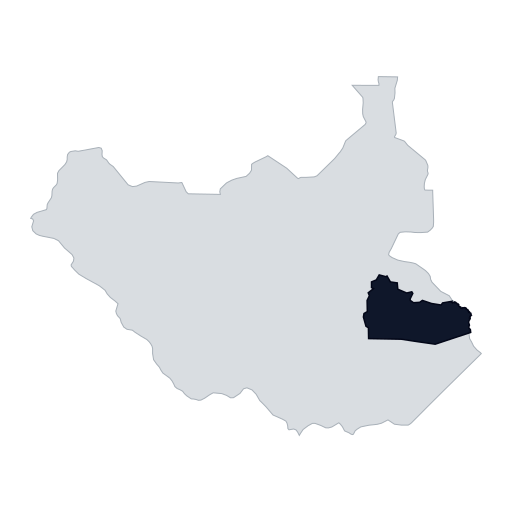 location of Pibor, Jonglei, South Sudan
{"feature_id": "79223893B32810285770131", "entity_name": "Pibor", "entity_type": "district", "adm_level": 2, "iso_a3": "SSD", "parent_name": "South Sudan", "parent_adm1": "Jonglei", "projection": "orthographic", "projection_center": [34.735, 6.56], "detail": "fine", "context": "in_parent", "style": "filled", "palette": "ink", "viewbox_px": 512, "rotation_deg": 0, "n_neighbors": 0, "source": "geoboundaries", "source_scale": "gbopen_adm2", "svg_char_len": 7003}
<svg xmlns="http://www.w3.org/2000/svg" viewBox="0 0 512 512"><path d="M428.2,406.0L411.5,422.8L410.3,423.8L408.2,425.1L401.4,425.1L394.4,424.2L388.0,419.9L381.5,423.2L377.3,424.3L374.8,424.6L369.0,425.2L360.8,426.9L357.1,429.2L355.1,430.9L353.4,434.2L352.6,434.6L351.1,434.2L349.0,432.8L344.6,430.9L342.4,426.7L340.4,424.2L338.8,422.8L331.8,427.0L328.4,427.9L325.7,427.8L320.7,425.4L315.1,423.4L312.3,423.4L308.0,425.8L303.1,429.5L300.6,433.2L299.3,435.4L297.6,432.0L296.0,429.9L293.7,429.0L289.0,429.8L287.9,428.6L287.7,425.8L287.0,423.1L285.9,421.1L282.3,419.1L273.0,415.0L266.0,406.8L262.4,403.1L259.8,400.6L256.2,394.3L252.0,389.9L246.9,387.8L243.5,388.8L240.0,393.4L233.5,397.7L230.5,397.8L226.6,395.4L221.8,393.6L213.2,392.8L209.6,394.8L204.8,398.1L200.9,400.1L198.4,400.3L196.1,399.5L193.5,399.0L191.3,398.9L186.7,395.8L184.3,393.5L182.7,391.3L180.1,389.8L177.1,388.5L174.9,386.6L173.8,384.1L172.1,381.0L169.9,378.2L162.9,373.1L160.9,370.1L159.4,367.2L156.6,364.0L153.6,359.7L152.6,353.5L152.6,348.4L152.0,346.1L150.7,343.8L149.2,341.8L146.8,339.5L141.1,336.2L135.2,332.4L132.4,330.2L127.0,329.3L123.8,327.1L121.2,322.4L120.2,318.6L117.5,315.7L116.4,313.5L115.8,311.1L118.0,303.7L115.0,301.0L110.4,297.5L107.1,293.8L105.1,290.3L99.2,285.7L86.4,278.7L78.9,274.2L74.9,270.3L71.4,266.4L71.1,264.9L73.5,261.1L73.9,258.0L72.1,254.6L64.5,248.0L58.5,240.7L53.8,238.4L42.6,236.2L39.4,235.4L36.1,233.9L32.8,230.7L31.8,226.8L33.6,220.8L32.6,218.9L30.7,218.4L31.3,217.2L33.5,214.3L37.0,212.4L46.4,209.6L46.9,208.5L47.2,204.7L48.0,202.9L51.4,197.7L51.9,195.6L52.1,191.2L52.6,189.1L53.6,187.6L56.2,185.0L57.1,183.5L57.6,180.1L57.5,173.3L58.9,170.7L64.9,164.6L66.6,161.9L67.2,159.5L67.2,157.0L67.6,154.5L69.4,152.2L70.9,151.5L75.3,150.8L78.2,151.3L98.8,147.5L101.2,148.2L102.2,150.7L102.0,154.6L102.3,156.6L103.4,157.9L106.6,159.9L108.8,163.1L110.0,164.3L113.2,166.5L128.1,184.8L132.4,186.6L136.6,186.1L145.0,182.4L149.2,181.5L178.4,183.0L181.7,182.5L181.9,182.6L186.2,191.8L188.3,193.8L220.4,194.4L219.8,191.8L220.3,188.9L226.0,183.4L226.9,182.7L231.9,180.1L236.8,178.4L246.1,176.4L249.6,173.2L251.5,170.2L251.6,164.3L252.9,163.3L255.1,162.0L266.0,156.8L267.8,155.7L286.7,168.2L297.3,178.0L298.0,178.5L298.5,178.6L299.1,178.3L299.6,177.9L300.9,177.4L305.5,177.4L314.2,176.9L317.0,175.8L334.6,158.6L339.1,153.1L340.2,151.9L342.8,148.0L345.5,141.3L346.0,140.5L365.2,124.4L365.9,123.1L366.1,122.1L363.3,116.6L362.7,113.8L362.6,109.5L363.2,102.9L363.0,98.7L362.8,97.6L362.7,97.3L352.2,85.3L378.9,85.4L379.0,83.8L378.9,83.4L378.4,81.9L378.1,80.0L378.1,79.0L378.3,78.0L378.3,77.5L378.2,77.0L378.3,76.8L378.4,76.6L397.6,76.9L397.3,80.3L394.9,88.2L395.0,93.0L394.4,98.4L393.7,100.0L392.7,101.3L392.4,102.0L392.4,102.6L396.2,133.0L395.9,134.3L394.8,136.2L394.5,136.8L394.5,137.3L394.9,137.6L403.8,140.9L404.2,141.1L404.6,141.4L407.7,145.3L425.2,159.8L425.8,160.6L427.7,165.1L427.9,165.8L427.9,166.9L427.9,167.7L427.4,170.4L427.6,171.7L427.9,172.5L428.1,173.4L428.1,173.7L427.9,174.4L425.3,179.6L424.4,183.4L424.2,186.5L424.3,188.3L424.6,189.5L424.9,190.0L425.1,190.1L432.7,190.2L432.7,191.8L433.6,219.4L433.6,222.5L433.3,226.4L432.4,227.9L430.3,230.1L427.6,232.1L420.7,232.6L415.0,232.5L410.9,232.0L405.4,231.8L400.2,232.3L398.3,233.9L391.3,248.6L389.2,252.2L388.6,254.4L389.2,255.6L391.9,257.5L397.8,260.1L404.6,261.6L409.7,262.3L413.1,263.0L415.8,263.8L425.4,270.5L428.5,273.6L430.2,276.4L430.6,279.3L432.0,282.2L440.8,291.4L449.2,295.7L452.4,300.6L455.5,303.0L458.4,305.5L460.0,309.3L463.6,320.4L466.1,326.1L468.6,330.9L469.6,338.6L471.6,342.0L473.6,346.2L477.0,350.0L480.6,352.8L481.3,353.6L444.8,389.5L428.2,406.0Z" fill="#d9dde1" stroke="#a8b0b8" stroke-width="1"/><path d="M418.4,341.8L435.2,344.2L470.7,332.4L470.7,332.1L470.7,331.9L470.5,331.7L470.5,331.4L470.4,331.1L470.4,330.9L470.4,330.7L470.4,330.4L470.5,330.2L470.4,330.1L470.3,329.9L470.3,329.7L470.3,329.4L470.0,329.3L469.8,329.2L469.6,329.0L469.5,328.9L469.5,328.7L469.3,328.6L469.2,328.6L469.2,328.4L469.1,328.1L468.9,327.9L468.8,327.7L468.8,327.4L468.8,327.2L468.8,326.9L468.8,326.7L469.0,326.4L468.9,326.2L469.0,326.0L469.0,325.9L469.0,325.7L469.1,325.4L469.4,325.3L469.4,325.2L469.3,324.9L469.3,324.7L469.2,324.6L469.2,324.4L469.2,324.2L469.1,323.9L468.9,323.6L468.8,323.4L468.7,323.3L468.7,323.1L468.7,322.9L468.6,322.7L468.9,320.6L469.5,319.9L469.7,319.6L469.8,319.4L469.9,319.2L469.9,318.8L469.9,318.7L470.0,318.6L469.9,318.5L470.0,318.5L470.0,318.4L470.2,318.2L470.2,317.9L470.0,317.7L469.9,317.4L469.9,317.2L470.0,317.1L470.0,316.9L469.9,316.7L470.0,316.6L470.0,316.4L470.3,316.3L470.4,316.2L470.5,316.2L470.7,315.9L470.8,315.8L470.7,315.8L470.7,315.7L470.8,315.6L470.8,315.4L470.9,315.2L470.9,314.9L471.0,314.8L471.1,314.7L471.1,314.4L471.1,314.2L470.9,313.9L470.9,313.7L470.8,313.3L470.7,313.3L470.5,313.2L470.4,313.2L470.2,312.9L470.0,312.7L469.9,312.7L469.6,312.6L469.5,312.4L469.4,312.4L469.5,312.3L469.5,312.2L469.4,312.2L469.2,312.0L469.1,311.8L469.1,311.7L468.9,311.7L468.6,311.8L468.5,311.7L468.6,311.3L468.6,311.2L468.3,311.0L468.2,310.9L468.3,310.8L468.3,310.7L468.1,310.6L467.9,310.3L468.0,310.1L467.9,309.9L467.8,309.7L467.6,309.7L467.3,309.7L467.2,309.7L466.8,309.4L466.7,309.3L466.5,309.2L466.6,308.9L466.5,308.7L466.4,308.8L466.1,308.9L465.9,308.8L465.7,308.7L465.5,308.4L465.7,308.2L465.8,308.1L465.6,307.9L465.4,307.8L465.1,307.7L465.0,307.8L464.9,307.7L464.7,307.6L464.3,307.6L464.1,307.6L463.9,307.7L463.7,307.9L463.4,307.8L463.2,307.8L462.9,307.7L462.7,307.7L462.6,307.8L462.4,307.8L462.1,307.9L462.0,308.0L461.9,308.0L461.7,308.2L461.8,308.4L461.7,308.4L461.5,308.2L461.3,308.1L461.2,308.1L461.1,307.9L461.0,308.1L460.8,308.2L460.7,308.1L460.7,307.9L460.7,307.7L460.5,307.4L460.4,307.4L460.3,307.1L460.1,307.2L459.9,306.9L459.8,306.7L459.7,306.5L459.5,306.4L459.4,306.3L459.2,306.3L459.0,306.2L458.8,305.9L458.7,305.8L458.6,305.7L458.5,305.4L458.4,305.3L458.4,305.1L458.2,304.9L458.3,304.7L458.5,304.5L458.3,304.4L458.2,304.3L458.2,304.1L457.9,304.1L457.7,304.0L457.5,303.9L457.3,303.9L457.2,303.9L456.9,303.6L456.8,303.3L456.7,303.3L456.4,303.2L456.2,302.9L456.0,302.6L455.9,302.5L455.8,302.4L455.7,302.3L455.5,302.2L455.4,302.2L455.2,302.1L454.9,302.0L454.9,302.3L454.9,302.5L454.8,302.8L454.7,302.9L454.4,302.8L454.4,302.7L454.1,302.5L453.9,302.6L453.7,302.6L453.4,302.6L453.2,302.6L453.0,302.4L452.9,302.4L452.8,302.5L452.8,302.4L452.7,302.4L452.5,302.5L452.5,302.4L452.5,302.2L452.4,302.2L452.3,302.3L452.2,302.3L451.9,302.3L451.8,302.1L451.6,302.1L451.6,301.9L451.4,301.9L451.4,302.0L451.2,301.9L451.1,302.0L451.0,301.9L451.0,301.7L451.3,301.5L451.4,301.4L442.6,302.9L441.1,305.0L431.6,303.5L422.4,300.4L419.7,302.3L413.5,302.7L410.3,300.4L410.1,299.0L412.8,293.4L411.8,291.8L406.7,293.0L397.8,289.2L397.3,283.5L397.3,282.9L390.4,281.9L387.0,276.0L386.0,276.7L379.2,274.9L376.3,279.9L371.5,281.9L371.5,287.6L373.5,288.6L368.2,292.8L369.4,295.7L367.1,300.4L367.3,311.6L364.0,313.5L363.4,317.0L366.0,326.3L368.4,327.7L368.6,338.6L401.1,339.2L418.4,341.8Z" fill="#0f172a" stroke="#020617" stroke-width="1.5"/></svg>